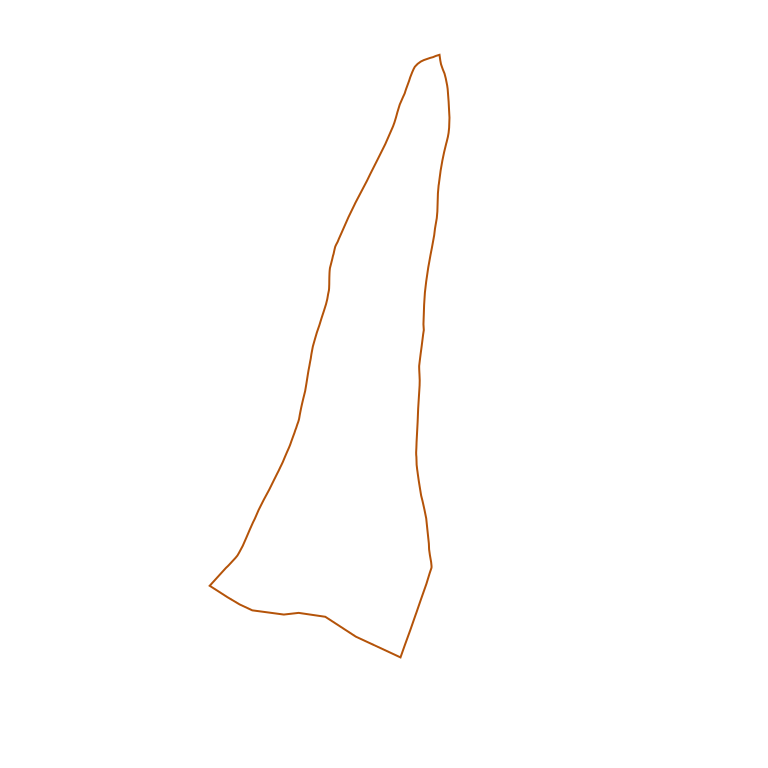 Cu Lao Dung, Sóc Trăng, Vietnam, rotated 47°
{"feature_id": "81297802B41374649859024", "entity_name": "Cu Lao Dung", "entity_type": "district", "adm_level": 2, "iso_a3": "VNM", "parent_name": "Vietnam", "parent_adm1": "Sóc Trăng", "projection": "natural_earth1", "projection_center": [106.173, 9.63], "detail": "fine", "context": "isolated", "style": "outline", "palette": "amber", "viewbox_px": 768, "rotation_deg": 47, "n_neighbors": 0, "source": "geoboundaries", "source_scale": "gbopen_adm2", "svg_char_len": 2685}
<svg xmlns="http://www.w3.org/2000/svg" viewBox="0 0 768 768"><g transform="rotate(47 384 384)"><path d="M181.1,118.9L179.4,122.4L178.4,125.2L177.0,127.8L174.3,133.9L173.3,137.1L172.8,141.1L173.0,145.0L173.8,147.4L175.2,150.7L177.6,155.7L179.4,158.9L183.3,166.6L184.5,168.8L185.6,170.7L187.1,174.4L189.1,179.0L190.3,181.8L194.4,188.9L197.2,193.4L199.8,197.9L201.7,201.6L209.4,219.4L215.3,235.2L221.0,250.7L223.7,257.7L232.0,281.4L232.8,283.4L237.7,296.1L244.0,310.8L247.1,318.1L248.4,320.9L249.5,324.1L250.3,326.0L251.2,327.4L252.6,329.5L254.5,332.2L255.4,333.8L257.1,336.3L258.2,338.0L260.2,341.1L262.3,344.4L264.0,346.4L265.6,348.1L268.7,351.2L271.6,354.0L273.6,355.9L275.1,357.4L276.6,358.9L278.0,360.5L279.2,362.2L280.1,363.5L281.1,364.8L282.4,366.5L283.3,367.7L286.1,372.0L289.4,377.8L293.2,384.7L297.0,391.3L300.5,397.9L304.0,403.8L308.0,410.4L309.9,413.0L312.7,416.8L315.5,420.3L317.3,422.8L320.0,426.4L322.7,430.1L324.7,432.7L328.3,437.3L330.8,440.5L335.4,446.5L339.7,453.1L342.5,457.3L344.7,460.5L347.2,464.0L349.1,466.6L350.7,468.7L351.6,469.9L352.3,471.0L353.3,472.7L354.4,474.9L356.3,478.3L357.3,480.4L358.6,482.7L360.1,485.7L362.6,490.6L364.4,494.0L365.7,496.8L367.7,501.5L369.9,506.5L372.0,511.1L373.0,513.6L374.1,516.5L375.7,520.5L376.7,523.3L378.2,527.3L379.2,530.0L383.0,540.0L386.6,550.7L389.1,557.5L390.7,561.8L391.8,564.3L394.5,570.5L395.8,574.0L398.8,581.1L402.6,589.7L406.0,597.6L408.5,604.9L409.5,608.2L409.9,611.2L410.2,615.3L410.6,620.6L410.7,622.5L410.7,625.0L412.7,649.1L433.1,643.9L446.8,639.9L459.7,634.7L471.5,625.0L484.3,614.5L493.2,602.5L514.2,585.7L549.6,576.9L595.2,558.4L589.2,546.9L581.7,532.2L574.2,518.0L573.6,516.8L566.9,504.2L559.1,489.3L553.5,479.6L550.8,474.6L549.7,473.5L546.4,471.0L540.4,467.1L535.7,463.8L531.4,460.1L519.3,451.0L511.1,444.8L503.3,440.0L499.9,438.0L495.8,435.6L490.9,432.9L485.5,429.3L478.5,424.6L472.5,420.4L471.4,419.6L469.1,418.0L465.3,415.2L461.1,411.5L460.4,410.9L459.5,410.1L457.8,408.8L456.0,407.2L452.8,403.9L448.5,399.6L443.1,394.0L434.7,385.3L425.2,375.7L409.4,359.0L405.7,355.4L401.4,351.7L399.0,349.7L396.9,347.9L394.8,346.0L391.5,342.1L386.9,336.6L382.4,331.1L377.8,325.6L374.3,321.4L371.7,318.1L367.2,314.4L358.2,305.4L353.4,300.6L345.0,291.7L337.7,283.1L328.9,272.1L327.2,269.8L321.2,261.8L317.0,256.0L309.4,245.8L305.1,240.7L298.7,232.3L294.3,227.4L281.3,214.5L275.9,208.5L275.1,207.4L274.9,207.2L266.5,197.0L260.3,188.8L255.5,182.0L250.3,174.1L249.9,173.4L246.8,168.7L244.4,165.5L241.0,161.6L233.9,154.5L230.9,152.0L221.6,144.2L212.6,137.0L211.6,136.2L208.9,134.3L202.6,130.4L198.2,128.0L194.2,126.5L191.9,125.5L189.0,124.2L185.8,122.2L181.1,118.9Z" fill="none" stroke="#b45309" stroke-width="2"/></g></svg>